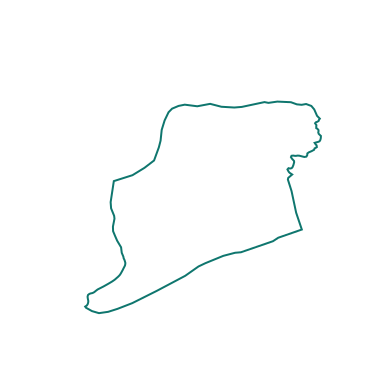 the district of San Lucas Tolimán, Sololá, Guatemala, rotated 63°
{"feature_id": "79465075B2167419407314", "entity_name": "San Lucas Tolimán", "entity_type": "district", "adm_level": 2, "iso_a3": "GTM", "parent_name": "Guatemala", "parent_adm1": "Sololá", "projection": "mercator", "projection_center": [-91.143, 14.59], "detail": "fine", "context": "isolated", "style": "outline", "palette": "teal", "viewbox_px": 384, "rotation_deg": 63, "n_neighbors": 0, "source": "geoboundaries", "source_scale": "gbopen_adm2", "svg_char_len": 2004}
<svg xmlns="http://www.w3.org/2000/svg" viewBox="0 0 384 384"><g transform="rotate(63 192 192)"><path d="M184.7,44.8L180.9,46.0L173.9,45.6L169.5,46.6L165.4,50.4L164.1,54.7L161.5,58.8L156.9,63.1L150.2,74.9L147.3,83.4L144.8,86.6L138.8,109.0L135.9,116.0L129.4,127.1L121.7,135.8L118.0,148.4L110.9,158.8L109.2,164.9L108.7,171.9L110.3,176.7L115.8,183.9L122.9,190.8L132.0,196.7L137.2,201.3L146.7,211.5L148.9,223.4L150.0,237.4L146.8,256.7L164.1,269.1L169.8,271.5L177.9,272.2L180.6,273.2L187.0,278.2L191.1,280.1L196.3,280.5L201.4,280.8L209.1,280.3L214.3,282.2L218.4,282.5L220.1,283.0L221.8,283.0L223.6,283.3L225.0,283.6L226.1,284.3L227.1,285.1L228.4,286.9L229.1,287.9L230.1,289.2L230.9,290.4L231.6,291.4L232.5,292.8L233.2,294.1L233.6,295.2L234.1,296.8L234.4,298.1L234.8,299.6L235.1,300.9L235.3,302.4L235.5,304.1L235.7,307.1L235.8,308.9L235.9,311.2L236.0,313.8L236.0,316.5L236.0,318.7L236.0,320.3L236.2,321.5L236.5,323.0L236.8,324.3L236.9,325.4L236.8,326.8L236.4,328.2L236.2,329.6L236.5,331.3L237.6,332.4L238.7,332.9L240.3,333.4L242.1,333.9L243.5,334.8L244.6,335.9L245.4,337.3L245.6,339.2L247.0,339.0L252.7,335.2L257.7,329.9L260.7,321.1L262.3,311.4L263.9,295.7L264.1,268.2L263.6,236.1L261.3,220.0L261.5,212.4L263.1,193.1L265.7,181.2L267.9,175.8L272.6,142.2L271.9,135.9L275.3,111.2L257.7,108.6L236.4,102.9L224.4,100.9L223.1,99.8L221.9,94.8L219.2,96.3L218.1,96.6L216.9,96.7L215.2,96.7L214.6,95.2L215.6,94.0L216.0,92.5L215.6,91.3L214.1,89.5L211.9,87.5L210.7,87.0L209.1,87.4L207.8,87.8L205.8,88.0L204.9,86.9L205.5,85.3L206.5,83.9L207.1,82.7L207.5,81.4L208.3,80.0L211.8,76.0L212.4,74.0L211.5,72.6L210.0,71.7L209.7,70.0L209.9,66.8L209.8,64.0L208.8,63.0L208.8,61.4L208.7,60.4L207.0,59.8L205.7,60.2L203.9,60.4L204.2,58.7L204.6,57.0L204.7,55.4L204.2,54.4L203.0,53.2L202.0,52.5L200.6,51.7L199.2,52.2L197.6,52.7L196.1,52.4L195.2,51.6L194.2,51.2L192.5,51.6L191.6,52.3L190.3,51.7L188.9,50.8L187.7,51.0L186.6,51.1L186.1,49.8L186.3,48.7L186.2,47.0L185.2,45.9L184.7,44.8Z" fill="none" stroke="#0f766e" stroke-width="2"/></g></svg>